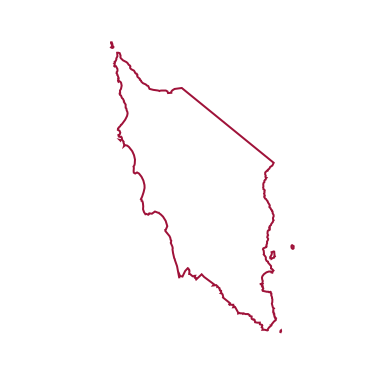 outline of Mulegé, Baja California Sur, Mexico, rotated 39°
{"feature_id": "50627088B42796639886072", "entity_name": "Mulegé", "entity_type": "district", "adm_level": 2, "iso_a3": "MEX", "parent_name": "Mexico", "parent_adm1": "Baja California Sur", "projection": "orthographic", "projection_center": [-113.158, 27.203], "detail": "fine", "context": "isolated", "style": "outline", "palette": "rose", "viewbox_px": 384, "rotation_deg": 39, "n_neighbors": 0, "source": "geoboundaries", "source_scale": "gbopen_adm2", "svg_char_len": 6004}
<svg xmlns="http://www.w3.org/2000/svg" viewBox="0 0 384 384"><g transform="rotate(39 192 192)"><path d="M118.6,117.6L113.6,122.9L112.8,125.2L112.7,126.2L112.8,127.1L113.5,127.9L111.1,130.2L109.7,129.3L107.8,129.6L104.7,132.1L103.4,133.4L103.2,134.0L101.9,134.4L97.6,137.0L94.1,138.6L91.3,137.2L89.9,137.6L88.3,137.5L85.4,138.3L83.0,138.1L82.3,137.5L80.8,137.6L80.2,136.9L77.2,136.8L76.1,136.1L76.0,135.4L74.5,134.9L74.0,135.3L72.5,135.1L71.8,134.6L70.4,134.2L67.7,134.8L66.2,134.7L65.2,133.8L65.0,133.1L64.0,132.8L62.7,133.0L61.0,132.4L59.3,132.3L55.5,133.1L52.4,132.8L51.6,132.4L50.7,131.0L48.4,129.6L47.1,130.1L46.2,130.9L48.6,133.4L49.1,135.8L49.8,136.6L50.2,138.2L50.0,139.2L50.3,139.2L50.8,140.2L50.6,140.9L51.2,140.9L51.6,141.4L52.3,143.1L52.9,143.1L53.0,142.4L53.7,142.1L56.6,143.3L57.8,144.7L58.1,145.5L58.0,146.0L58.3,146.3L58.5,147.1L60.0,147.6L60.3,148.1L60.7,148.1L63.3,149.6L63.1,150.2L64.0,150.7L64.1,151.7L65.2,152.6L65.5,152.6L65.4,151.9L65.8,151.5L67.4,151.5L68.2,151.8L70.4,153.6L71.9,156.5L72.2,158.5L73.5,159.9L73.6,160.6L74.0,160.6L74.2,161.4L74.9,161.8L76.1,161.7L78.3,163.0L79.8,163.1L81.9,164.1L82.2,164.7L82.6,164.7L82.9,165.0L85.4,165.8L87.4,168.3L88.4,168.4L89.9,169.7L91.5,170.5L92.6,171.6L93.7,173.8L94.6,177.9L94.8,182.7L94.8,184.2L94.5,184.5L94.8,186.3L94.5,187.5L94.7,188.7L94.5,189.2L95.3,190.4L97.1,190.0L98.9,191.0L99.5,192.4L99.5,193.0L98.9,194.0L99.2,194.3L99.6,194.6L100.0,194.4L100.5,194.9L101.9,194.2L102.0,193.7L103.0,193.8L104.9,195.4L107.3,196.0L107.8,196.9L108.8,197.3L110.1,198.7L110.3,199.2L110.6,197.6L112.6,196.7L114.7,196.7L119.9,197.9L123.8,199.9L127.3,202.7L129.8,206.2L130.5,207.8L130.5,209.0L131.6,209.8L133.4,212.4L134.6,213.6L136.2,213.4L137.0,211.4L139.2,211.0L143.1,211.9L147.0,213.7L150.7,216.5L152.6,218.7L154.5,222.6L156.2,227.1L156.8,229.7L157.5,229.6L158.3,230.6L159.3,230.4L160.8,231.5L163.1,233.8L164.8,236.2L167.3,237.8L169.8,238.6L170.4,237.7L172.3,237.2L172.5,236.5L172.2,236.2L172.2,235.5L174.5,234.1L175.5,230.5L178.9,229.4L179.3,229.0L180.0,229.2L182.0,229.1L185.0,229.4L189.7,231.0L194.3,234.1L195.4,237.9L195.1,238.3L195.5,238.7L195.9,239.1L202.2,240.4L204.0,241.3L205.5,242.6L206.4,242.8L207.4,244.4L207.5,244.9L211.0,246.7L212.4,247.8L212.8,248.7L215.6,251.3L219.8,254.6L221.0,255.1L221.3,255.5L227.1,259.1L235.7,266.4L235.8,266.3L235.4,265.9L233.1,264.0L233.1,263.5L235.5,264.8L237.8,263.7L236.4,257.7L236.7,253.1L237.2,254.2L238.6,254.1L239.2,254.8L239.7,254.9L241.4,257.5L242.2,257.0L245.5,257.1L246.2,256.7L246.4,255.9L247.2,255.1L247.5,255.9L248.3,256.9L248.8,257.2L248.4,256.6L249.3,256.3L249.5,256.9L250.3,257.3L251.3,249.9L254.8,250.4L267.2,249.9L267.2,251.4L269.5,249.1L270.9,249.3L271.3,249.8L271.6,249.3L273.0,249.6L273.7,249.4L274.2,250.0L274.8,250.0L275.6,250.9L276.2,250.9L276.8,250.5L277.8,251.7L278.4,251.9L278.2,252.5L279.3,252.2L280.2,252.3L282.4,254.0L282.5,254.5L291.5,254.5L291.6,255.9L292.2,256.0L292.7,255.1L293.3,255.1L295.0,253.7L295.5,254.3L296.3,254.3L296.6,255.6L297.9,254.3L303.4,256.5L304.3,257.4L305.1,256.0L305.8,256.0L307.3,254.7L308.3,254.7L308.5,253.8L310.3,253.3L312.3,251.6L313.0,251.7L313.9,251.3L314.8,252.0L316.7,251.2L317.6,252.5L318.3,253.0L319.5,252.8L320.0,252.1L320.7,252.0L320.7,252.4L322.3,252.7L323.0,253.5L325.1,252.4L326.9,250.8L328.0,252.1L330.0,251.2L330.7,251.5L331.3,253.3L332.1,253.2L333.4,254.2L333.5,254.7L335.2,253.3L337.6,252.2L337.9,251.7L337.3,251.0L337.1,248.9L337.6,246.0L337.3,245.9L337.6,245.6L337.2,244.6L337.2,241.0L337.7,239.0L337.6,238.5L336.9,238.2L336.8,237.5L336.2,237.7L335.9,237.1L335.0,237.2L334.7,236.7L333.8,236.5L333.5,235.7L332.2,235.3L332.2,234.6L330.5,234.2L330.3,233.3L329.8,233.1L328.8,231.6L328.9,230.9L327.6,230.9L324.3,228.5L323.8,227.2L322.0,224.8L321.0,224.2L320.5,223.5L318.3,222.2L318.0,221.3L317.5,220.9L316.9,221.0L316.2,220.2L315.8,220.2L314.9,221.4L313.8,221.6L313.2,222.3L309.2,224.3L308.3,223.8L308.3,222.4L308.0,222.0L306.1,221.4L305.2,220.9L304.8,220.0L303.3,220.3L302.6,221.0L303.4,220.1L304.6,219.6L304.6,219.8L305.0,219.8L304.6,219.5L304.6,218.6L304.0,218.6L303.0,216.6L302.0,216.1L300.3,214.6L299.7,213.2L299.6,210.7L300.4,207.6L301.8,205.4L303.4,204.1L304.3,204.6L305.3,204.1L305.2,203.5L305.5,203.2L305.2,203.3L304.7,202.8L304.8,201.8L302.9,201.5L301.5,201.7L300.1,199.8L295.6,199.0L294.9,198.3L293.4,198.6L292.2,198.1L291.5,197.7L290.8,196.6L289.8,196.0L287.0,195.4L286.9,194.8L284.7,192.5L283.1,191.8L282.9,190.8L284.3,188.3L283.9,187.8L284.2,187.4L283.1,186.1L282.7,184.7L281.5,183.3L281.2,181.5L280.7,180.5L278.9,179.8L278.6,179.1L279.1,179.4L278.4,178.7L278.3,177.6L276.9,176.9L275.5,174.9L275.4,174.0L275.9,173.3L275.2,171.8L274.2,170.9L274.2,170.3L274.7,170.5L273.9,169.5L274.2,167.9L273.7,167.0L273.7,164.5L273.4,164.1L273.2,162.6L272.6,162.6L271.3,161.3L270.7,159.4L269.7,158.4L268.1,157.8L267.2,156.7L266.3,156.6L265.9,155.9L264.4,155.9L263.5,155.2L261.8,155.1L261.2,154.4L261.2,153.8L260.2,153.1L257.6,152.3L256.7,151.6L255.6,151.5L254.1,150.9L253.1,151.1L251.2,150.4L250.8,149.8L251.0,149.1L248.9,147.8L248.9,147.0L248.0,146.2L247.8,145.3L247.2,144.8L245.8,144.9L245.5,144.4L244.5,143.8L244.1,142.9L242.4,141.0L241.9,139.8L242.0,138.7L241.2,137.8L241.1,136.6L241.4,136.0L240.8,134.7L240.9,134.1L240.1,134.3L239.5,134.0L239.0,132.9L237.7,132.2L236.6,130.7L236.9,128.1L237.4,127.9L237.4,127.5L237.0,126.8L237.4,125.2L237.0,123.4L237.8,120.9L237.1,117.9L118.6,117.6ZM296.0,189.3L293.4,186.6L293.0,186.7L291.7,188.7L292.6,189.3L293.3,190.7L293.7,192.8L293.9,193.0L293.7,193.4L294.5,194.2L295.3,193.6L295.8,194.0L296.3,192.5L297.1,191.3L296.5,190.5L296.9,189.8L296.0,189.3ZM305.1,170.1L303.3,170.3L303.1,170.7L303.3,171.5L304.5,172.7L305.4,172.9L306.2,172.7L306.4,171.9L305.1,170.1ZM37.1,127.2L35.4,126.2L34.9,126.7L35.4,127.3L37.4,128.1L38.2,129.2L38.0,129.6L38.4,130.0L38.3,130.5L39.3,130.3L39.9,129.3L39.7,128.7L37.9,128.2L37.1,127.2ZM348.2,243.5L348.1,244.0L348.7,245.2L349.1,245.1L348.8,244.0L348.2,243.5ZM104.0,197.1L103.8,196.6L103.0,197.0L104.0,197.1Z" fill="none" stroke="#9f1239" stroke-width="2"/></g></svg>